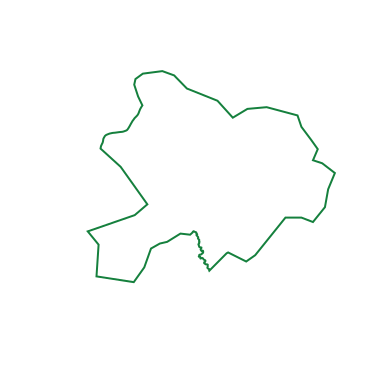 the district of Bayangol, Selenge, Mongolia, rotated 38°
{"feature_id": "93677404B52017503801889", "entity_name": "Bayangol", "entity_type": "district", "adm_level": 2, "iso_a3": "MNG", "parent_name": "Mongolia", "parent_adm1": "Selenge", "projection": "orthographic", "projection_center": [106.206, 48.94], "detail": "fine", "context": "isolated", "style": "outline", "palette": "green", "viewbox_px": 384, "rotation_deg": 38, "n_neighbors": 0, "source": "geoboundaries", "source_scale": "gbopen_adm2", "svg_char_len": 3086}
<svg xmlns="http://www.w3.org/2000/svg" viewBox="0 0 384 384"><g transform="rotate(38 192 192)"><path d="M253.6,77.5L238.1,73.3L228.0,66.7L198.6,79.2L184.5,92.4L178.4,108.3L155.9,104.4L124.3,113.6L108.0,111.4L107.8,111.3L107.4,111.3L106.9,111.2L106.2,111.1L94.2,115.0L80.4,129.0L77.9,137.8L80.4,143.0L90.7,149.9L99.6,154.3L99.7,155.7L100.1,158.5L100.6,160.3L101.1,161.9L101.5,163.2L101.7,164.7L101.7,165.6L101.5,167.5L101.3,169.1L101.4,171.0L101.4,172.5L101.8,175.4L102.0,176.7L102.3,178.4L102.6,180.8L102.7,182.4L102.6,183.3L102.4,183.9L101.8,184.9L100.8,186.5L100.0,187.5L97.8,189.6L94.9,192.6L93.7,193.7L92.9,194.5L92.5,195.0L91.6,196.1L91.3,196.4L90.6,197.5L89.8,198.9L89.4,199.6L89.2,200.1L89.0,200.9L88.9,201.6L89.1,202.8L89.2,203.7L89.4,204.4L89.5,204.9L89.9,205.5L90.4,206.4L90.9,207.4L91.3,208.5L91.5,209.7L91.8,210.9L91.9,211.4L92.2,212.2L93.2,214.1L120.3,216.1L164.4,229.2L161.1,245.5L134.1,287.2L150.8,291.0L168.7,317.3L201.6,298.9L200.8,280.8L194.5,261.8L198.4,252.4L203.1,246.6L208.5,231.9L216.8,226.8L217.4,223.4L217.2,223.1L217.2,222.6L217.3,222.3L217.5,221.9L217.8,221.8L218.2,221.8L218.6,221.7L219.1,221.6L219.4,221.5L219.6,221.3L219.9,221.3L220.3,221.3L220.6,221.5L220.8,221.9L221.1,222.1L221.4,222.1L221.7,222.0L221.9,222.1L222.1,222.2L222.1,222.4L222.0,222.8L222.0,223.1L222.2,223.3L222.5,223.4L223.0,223.4L223.3,223.4L223.6,223.6L223.8,223.7L224.2,223.7L224.5,223.7L224.7,223.8L224.9,224.0L225.0,224.3L225.2,224.6L225.3,224.9L225.5,225.0L225.8,225.1L226.4,225.1L226.8,225.2L227.2,225.3L227.4,225.5L227.5,225.9L227.7,226.3L228.0,226.5L228.3,226.5L228.5,226.6L228.7,226.9L228.8,227.2L228.8,227.4L228.8,227.6L229.0,227.7L229.2,227.9L229.3,228.2L229.4,228.5L229.3,228.8L229.2,229.1L229.3,229.3L229.6,229.5L229.9,229.7L230.6,230.1L230.9,230.4L231.3,230.6L231.6,230.8L231.8,230.8L232.1,230.7L232.6,230.5L233.0,230.2L233.3,230.1L233.6,230.0L233.8,230.2L233.9,230.5L234.0,230.8L234.0,231.3L234.0,231.7L234.2,232.0L234.5,232.2L235.0,232.4L235.5,232.5L235.9,232.6L236.1,232.6L236.2,232.2L236.3,231.9L236.4,231.7L236.7,231.6L236.9,231.6L237.2,231.8L237.4,232.0L237.7,232.3L238.1,233.0L238.0,234.1L237.5,235.8L236.7,236.6L236.6,236.8L236.5,237.2L236.7,237.5L237.0,237.7L237.0,238.3L237.0,238.5L237.4,238.7L237.8,238.4L238.1,238.2L238.4,238.1L238.9,238.4L239.3,238.8L239.5,239.1L239.9,239.0L240.1,238.5L240.2,238.2L240.5,237.8L241.0,237.6L241.7,237.6L242.1,237.8L242.6,238.0L243.1,238.0L243.8,237.8L244.5,237.7L244.7,237.8L245.0,238.0L245.2,238.6L245.3,239.0L245.3,239.3L245.0,239.6L244.9,239.9L245.1,240.2L245.3,240.5L245.8,240.6L246.5,240.6L247.4,240.5L248.0,240.0L248.5,239.7L248.9,239.6L249.1,239.6L249.3,240.0L249.7,240.3L250.1,240.7L250.2,241.0L250.4,241.4L250.5,241.7L250.6,242.0L250.9,242.3L251.6,242.4L252.1,242.4L252.5,242.3L252.7,242.2L252.9,242.2L253.1,242.2L253.4,242.3L253.6,242.7L253.7,242.9L253.7,243.0L253.8,243.2L253.9,243.3L254.1,243.4L257.0,219.0L257.7,217.4L277.5,213.4L280.7,202.9L281.4,154.6L294.0,144.8L305.8,141.2L306.1,122.1L297.6,106.0L292.9,89.1L276.9,89.2L267.8,92.5L264.7,80.8L253.6,77.5Z" fill="none" stroke="#15803d" stroke-width="2"/></g></svg>